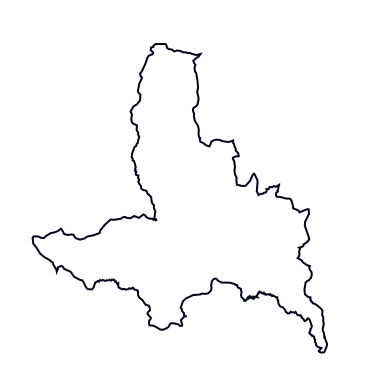 outline of Tana Toraja, Sulawesi Selatan, Indonesia, rotated 7°
{"feature_id": "22746128B55477646801661", "entity_name": "Tana Toraja", "entity_type": "district", "adm_level": 2, "iso_a3": "IDN", "parent_name": "Indonesia", "parent_adm1": "Sulawesi Selatan", "projection": "albers", "projection_center": [119.71, -3.057], "detail": "fine", "context": "isolated", "style": "outline", "palette": "ink", "viewbox_px": 384, "rotation_deg": 7, "n_neighbors": 0, "source": "geoboundaries", "source_scale": "gbopen_adm2", "svg_char_len": 6078}
<svg xmlns="http://www.w3.org/2000/svg" viewBox="0 0 384 384"><g transform="rotate(7 192 192)"><path d="M340.1,335.7L342.8,334.9L344.5,328.9L344.6,326.4L341.9,321.2L341.2,320.7L341.1,320.0L341.6,320.2L341.6,319.8L340.8,319.0L340.1,315.7L339.3,314.8L338.4,312.3L338.9,306.7L338.1,304.9L337.5,300.2L336.1,298.1L336.0,293.9L334.5,292.3L330.6,289.6L327.1,287.9L325.3,287.7L324.8,286.5L323.5,286.0L323.2,284.8L322.6,284.6L322.4,282.1L320.1,282.1L316.6,279.8L315.5,275.2L315.8,268.0L317.2,266.3L318.7,265.5L320.6,262.5L321.0,259.0L320.0,256.3L318.5,255.1L317.5,252.1L318.0,251.1L314.8,250.5L310.4,248.1L309.4,246.6L304.9,244.7L306.0,242.8L306.3,240.7L305.5,238.0L306.2,234.8L305.1,234.2L308.4,232.7L309.3,231.3L309.2,230.2L311.9,228.3L311.9,227.5L313.2,226.6L314.1,224.8L313.3,222.2L308.1,211.8L307.9,207.8L310.8,199.4L309.9,195.0L308.5,195.0L301.2,199.1L300.3,197.8L298.9,197.0L294.4,195.9L293.6,192.5L291.5,188.1L290.1,186.7L286.0,187.0L280.2,186.2L276.8,186.4L275.9,185.4L275.6,182.6L277.2,181.1L276.7,180.1L277.3,178.3L277.0,175.5L277.7,175.0L277.6,174.2L274.8,176.6L272.6,176.1L271.3,177.5L268.5,177.6L267.7,179.8L265.6,180.0L266.1,181.9L265.2,183.6L263.7,183.9L262.5,185.1L260.0,185.6L258.4,186.9L256.2,183.3L255.9,173.9L255.3,172.0L251.6,166.3L250.9,166.4L249.6,169.2L248.3,173.9L244.3,179.4L241.1,179.9L235.7,179.3L234.5,174.5L234.6,172.5L232.6,169.3L231.6,165.8L231.5,161.5L230.7,158.4L230.2,156.5L228.4,153.8L228.6,152.9L229.6,152.1L231.2,151.3L234.0,150.8L234.0,150.2L232.8,147.5L230.7,146.0L229.6,142.5L228.8,142.0L227.9,139.4L226.9,138.4L226.6,135.8L223.9,137.3L221.5,138.0L215.8,137.8L213.4,137.0L209.7,137.1L207.4,138.0L205.2,139.6L203.8,144.6L200.5,144.0L196.7,141.8L194.3,141.2L193.6,140.0L193.2,138.1L193.6,137.6L192.3,136.6L191.5,133.9L191.1,129.1L189.7,125.3L186.0,120.8L184.6,116.0L184.5,113.8L183.3,112.0L182.9,110.3L183.1,108.7L185.8,106.2L186.7,104.7L187.2,100.7L187.0,97.7L185.0,92.3L185.3,87.6L183.8,80.6L181.6,73.2L180.3,72.1L179.4,68.5L179.9,65.2L178.3,63.7L177.3,61.5L180.4,58.0L182.0,56.9L183.6,54.0L179.7,55.5L174.6,54.9L173.0,54.2L170.7,54.8L169.3,54.1L166.0,54.5L163.5,53.4L159.6,53.4L157.2,54.7L154.8,53.1L151.4,52.9L149.8,52.2L148.6,49.3L147.7,48.3L137.7,49.6L135.9,51.6L136.0,52.6L133.7,53.6L133.7,56.1L136.3,58.2L136.5,59.1L135.8,60.1L132.4,62.1L131.3,64.1L130.4,69.2L127.6,78.2L126.0,80.8L126.7,83.1L128.2,84.2L128.4,85.1L126.5,90.8L126.0,98.4L126.8,100.1L128.9,101.6L129.3,107.3L126.7,111.7L123.5,114.1L121.2,119.7L123.0,122.3L122.8,126.8L123.8,130.1L126.3,131.8L127.5,131.8L129.3,132.7L129.4,137.1L131.3,139.7L131.5,141.4L132.9,143.9L132.1,148.2L132.2,149.9L131.3,151.0L130.8,153.4L129.5,154.3L127.9,161.0L127.8,164.8L129.1,166.2L129.2,167.8L130.7,168.4L132.2,171.7L133.1,174.4L132.7,175.8L133.3,176.7L132.8,178.0L134.3,178.8L133.8,180.1L134.5,181.9L136.8,182.2L136.8,184.8L138.1,186.4L137.4,188.1L138.5,190.1L140.7,192.5L141.1,194.8L143.5,196.0L146.6,196.3L148.4,199.6L149.5,199.9L152.1,202.1L153.0,206.0L154.0,208.1L155.9,210.0L156.1,212.5L158.0,215.8L157.8,222.6L159.7,223.5L160.0,224.2L159.4,224.6L158.3,223.8L157.4,224.4L155.6,223.3L153.5,223.7L150.0,222.7L148.0,220.6L146.5,220.2L142.5,224.1L137.5,222.9L134.3,225.5L130.8,225.7L128.5,224.9L126.7,225.3L124.8,227.1L118.6,229.0L114.6,229.3L109.7,234.8L105.5,241.6L105.3,244.0L99.8,246.8L93.5,249.0L90.8,251.3L87.1,252.8L85.2,252.8L81.8,251.7L79.4,248.8L76.5,249.0L74.2,249.8L70.4,249.4L67.3,245.1L66.4,244.4L63.6,247.1L60.3,248.9L57.1,249.9L52.6,253.3L50.4,255.9L47.8,255.9L45.2,254.9L40.3,255.3L39.4,256.9L40.7,262.6L44.7,266.5L48.7,271.6L53.1,274.5L58.0,276.5L62.5,279.1L63.0,280.7L66.8,285.5L67.5,287.6L68.2,285.0L68.1,283.1L71.3,281.3L72.6,281.7L74.6,283.9L81.3,286.0L85.5,290.6L91.3,292.8L93.6,293.0L94.8,294.0L98.8,299.9L100.5,301.1L104.6,300.9L106.0,298.7L107.0,293.7L109.4,291.9L110.5,292.3L111.3,290.7L113.0,291.0L114.0,290.2L116.9,290.8L118.2,290.0L120.0,289.9L121.0,289.1L122.5,289.8L123.3,288.7L124.0,289.0L124.7,288.5L125.8,289.0L126.7,290.4L127.5,290.2L127.6,290.9L128.8,291.9L129.5,291.5L129.3,292.3L130.1,292.4L130.0,293.6L131.0,295.8L134.7,297.0L137.0,296.4L137.8,297.0L139.4,296.6L140.6,296.2L141.4,295.2L142.7,295.6L145.0,294.2L145.8,294.6L146.0,295.6L150.2,296.5L151.3,301.5L152.5,303.2L155.8,305.2L159.5,309.4L163.1,310.2L163.9,311.3L164.7,314.7L162.9,316.5L162.6,318.3L166.5,322.0L166.5,323.2L165.2,324.7L165.2,325.4L165.4,328.1L166.1,329.5L170.4,329.4L177.2,332.3L179.6,332.4L183.1,330.5L185.0,328.9L186.6,325.1L187.4,324.8L190.5,324.6L194.6,325.1L196.5,326.4L198.4,326.0L198.5,325.0L196.6,320.6L199.4,316.7L202.1,315.8L199.5,316.6L198.9,313.4L196.8,311.5L195.8,309.0L194.9,308.4L196.3,301.5L199.1,298.3L205.6,294.2L212.7,292.7L214.5,291.6L217.3,291.6L220.5,290.6L222.9,287.4L223.0,284.3L222.3,281.9L222.7,278.0L223.6,276.4L225.1,275.2L226.8,275.1L228.4,276.7L232.2,278.3L240.4,277.4L245.2,278.0L246.4,279.0L248.2,278.9L249.1,281.1L252.4,282.2L252.5,283.8L253.4,284.8L253.3,289.0L254.2,290.5L257.0,292.7L257.0,293.5L258.3,293.6L259.0,292.1L260.0,291.9L259.8,290.4L260.3,289.8L260.9,290.7L261.6,289.5L262.0,290.2L262.7,289.8L262.8,289.3L262.3,289.6L261.9,289.2L261.9,288.4L263.2,288.8L264.3,290.0L265.0,289.2L265.3,290.3L266.1,290.6L266.9,289.5L266.3,288.4L269.9,288.5L268.7,287.2L270.4,284.6L270.1,283.9L271.2,282.7L271.6,283.3L273.0,283.1L273.3,283.8L275.0,284.2L275.5,283.4L275.9,284.2L276.9,284.0L277.5,285.0L280.8,284.0L281.5,284.7L282.4,283.9L283.6,285.1L284.4,284.8L284.5,285.5L285.7,285.1L288.5,286.3L289.4,286.1L289.8,287.9L290.9,289.5L291.3,292.0L292.4,293.6L293.9,295.1L296.1,295.3L298.8,297.8L299.8,299.6L301.3,300.5L302.2,300.9L303.4,300.6L304.5,298.8L305.8,299.4L307.3,299.0L308.5,299.5L309.4,298.5L311.8,301.4L313.7,301.2L314.2,301.6L314.6,301.1L315.5,301.5L316.1,303.3L317.9,304.3L319.3,306.2L319.8,306.4L321.2,305.2L322.2,303.4L322.9,303.3L324.3,304.4L327.3,310.5L326.9,313.0L326.1,313.8L326.4,314.8L325.6,317.6L327.4,319.2L328.3,319.3L328.7,320.0L328.9,319.7L330.8,320.8L331.4,322.8L332.3,323.8L332.2,325.6L333.4,326.9L333.7,328.8L336.1,330.6L339.5,331.1L337.2,334.5L338.0,335.2L340.1,335.7Z" fill="none" stroke="#020617" stroke-width="2"/></g></svg>